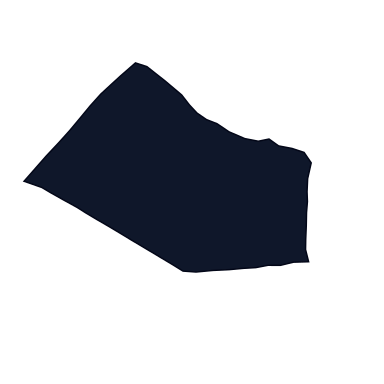 the district of São João de Meriti, Rio de Janeiro, Brazil, rotated 222°
{"feature_id": "56859067B99061822733599", "entity_name": "São João de Meriti", "entity_type": "district", "adm_level": 2, "iso_a3": "BRA", "parent_name": "Brazil", "parent_adm1": "Rio de Janeiro", "projection": "orthographic", "projection_center": [-43.368, -22.785], "detail": "fine", "context": "isolated", "style": "filled", "palette": "ink", "viewbox_px": 384, "rotation_deg": 222, "n_neighbors": 0, "source": "geoboundaries", "source_scale": "gbopen_adm2", "svg_char_len": 830}
<svg xmlns="http://www.w3.org/2000/svg" viewBox="0 0 384 384"><g transform="rotate(222 192 192)"><path d="M102.7,169.7L94.0,178.5L86.5,188.4L77.2,196.7L69.7,207.7L58.7,218.2L69.1,225.2L75.9,233.0L84.6,243.5L93.1,253.3L99.8,262.1L106.7,269.2L115.0,279.3L122.9,293.4L135.2,296.4L146.8,291.3L158.5,284.2L170.2,282.9L176.7,274.1L188.5,267.0L204.7,261.5L219.0,259.5L229.7,255.5L241.1,254.0L252.4,255.0L264.6,257.2L286.4,256.5L298.4,255.7L309.3,255.0L320.4,250.1L322.8,230.2L323.9,218.8L325.3,203.8L325.3,187.9L324.6,171.9L324.0,155.3L324.0,139.5L324.4,121.2L324.0,87.6L306.6,94.9L296.1,97.0L281.9,100.2L267.0,103.7L256.9,105.4L244.3,107.9L231.0,110.7L216.8,113.5L205.1,115.7L186.0,119.5L170.7,122.5L157.5,125.1L145.8,127.2L135.5,135.2L124.1,147.6L112.4,159.2L102.7,169.7Z" fill="#0f172a" stroke="#020617" stroke-width="1.5"/></g></svg>